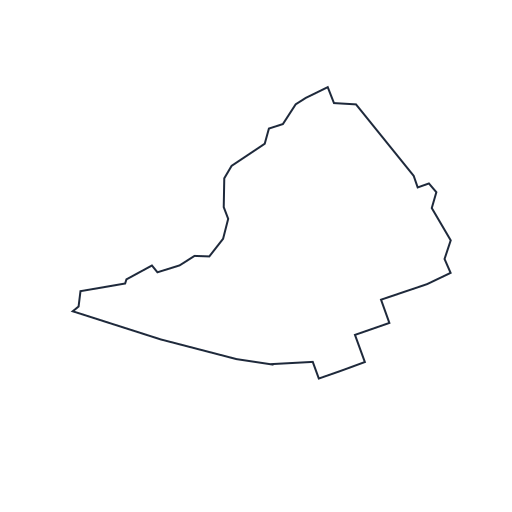 Assumption, Louisiana, United States of America (Mercator projection), rotated 71°
{"feature_id": "52423323B50058154101732", "entity_name": "Assumption", "entity_type": "district", "adm_level": 2, "iso_a3": "USA", "parent_name": "United States of America", "parent_adm1": "Louisiana", "projection": "mercator", "projection_center": [-91.067, 29.854], "detail": "fine", "context": "isolated", "style": "outline", "palette": "slate", "viewbox_px": 512, "rotation_deg": 71, "n_neighbors": 0, "source": "geoboundaries", "source_scale": "gbopen_adm2", "svg_char_len": 696}
<svg xmlns="http://www.w3.org/2000/svg" viewBox="0 0 512 512"><g transform="rotate(71 256 256)"><path d="M335.3,77.5L320.2,78.7L304.6,66.8L267.9,74.2L254.4,64.7L243.7,68.9L243.8,80.8L231.6,80.8L145.2,112.1L136.8,132.5L119.7,133.2L122.7,157.4L125.5,169.1L140.0,187.6L139.7,202.3L152.7,211.2L162.8,249.7L172.2,260.7L199.3,270.6L211.8,270.2L229.0,281.5L241.2,300.3L235.9,314.1L240.0,331.3L239.3,354.5L231.1,357.5L235.9,386.1L239.4,388.7L232.1,433.4L246.0,440.2L248.6,447.3L303.9,373.2L347.1,308.1L363.8,276.1L363.4,276.1L374.6,236.8L392.3,236.5L392.2,213.0L391.9,197.6L391.7,187.6L362.8,188.1L362.7,151.7L338.0,152.0L338.3,103.4L335.3,77.5Z" fill="none" stroke="#1e293b" stroke-width="2"/></g></svg>